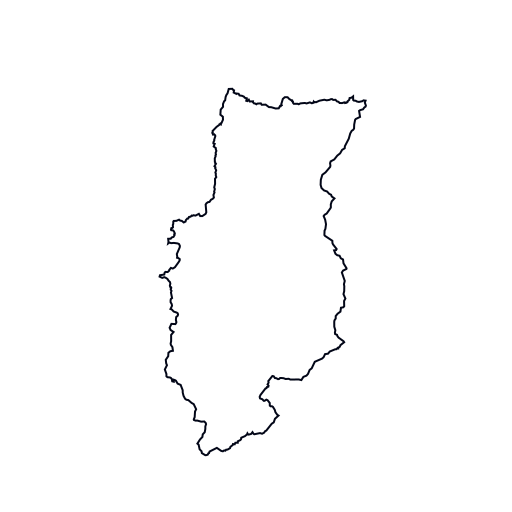 outline of Barbosa, Antioquia, Colombia, rotated 127°
{"feature_id": "7082276B32709171288134", "entity_name": "Barbosa", "entity_type": "district", "adm_level": 2, "iso_a3": "COL", "parent_name": "Colombia", "parent_adm1": "Antioquia", "projection": "albers", "projection_center": [-75.359, 6.439], "detail": "fine", "context": "isolated", "style": "outline", "palette": "ink", "viewbox_px": 512, "rotation_deg": 127, "n_neighbors": 0, "source": "geoboundaries", "source_scale": "gbopen_adm2", "svg_char_len": 6117}
<svg xmlns="http://www.w3.org/2000/svg" viewBox="0 0 512 512"><g transform="rotate(127 256 256)"><path d="M298.8,333.7L297.4,333.3L296.8,331.5L295.0,329.5L293.1,326.1L292.8,324.6L293.8,322.8L295.1,322.1L302.1,320.4L303.9,318.5L304.9,318.0L304.4,316.8L304.4,315.0L305.5,314.3L307.5,314.1L313.8,314.0L316.1,314.9L316.7,316.8L319.4,316.9L319.9,316.5L322.0,316.9L323.2,318.8L324.4,318.9L326.0,318.1L329.1,321.1L330.5,320.6L329.9,317.7L328.1,316.5L327.7,314.9L327.6,312.9L328.3,311.1L328.6,309.0L329.6,307.8L331.6,306.9L332.6,305.4L332.1,304.9L332.4,304.5L334.2,303.9L334.7,302.5L336.3,302.0L340.1,297.7L341.6,298.1L342.7,297.6L344.3,296.4L345.1,294.4L346.3,293.1L349.8,292.4L349.4,291.1L349.9,288.3L348.9,285.2L348.9,284.0L349.7,283.0L350.8,282.6L352.8,283.0L355.3,281.5L356.7,279.8L357.4,279.5L358.9,279.4L361.1,282.7L365.3,281.8L366.5,279.7L366.3,276.1L370.1,276.3L375.1,272.5L377.3,271.5L378.2,270.5L379.1,267.9L381.7,265.3L383.6,267.1L386.0,267.7L388.9,265.8L393.2,265.6L395.8,263.1L396.8,261.4L401.5,260.5L404.1,256.6L406.0,255.1L406.1,253.8L404.8,251.6L404.6,250.5L405.0,249.1L406.5,247.5L405.9,246.0L404.3,247.2L403.9,246.0L403.8,244.9L405.1,241.8L404.3,238.6L407.3,233.8L409.2,232.3L411.3,229.7L412.7,226.7L412.7,225.1L411.8,223.3L412.1,219.0L411.8,216.6L414.4,211.6L416.9,211.1L421.6,208.0L423.9,207.4L424.3,206.9L423.9,205.3L422.7,203.7L421.3,200.1L419.3,197.7L419.6,195.7L420.3,194.7L422.6,193.9L424.6,192.4L427.6,190.9L430.5,191.2L432.8,189.9L436.2,190.3L441.1,189.9L441.2,188.3L444.3,184.7L444.7,182.0L446.0,180.6L445.6,176.6L444.9,175.8L443.7,175.0L442.3,175.3L441.7,174.9L440.1,175.4L432.8,171.8L432.6,166.5L431.9,164.9L430.4,164.4L429.9,163.3L428.7,163.3L427.7,162.2L425.1,161.1L423.8,161.6L420.9,160.8L420.0,161.2L419.2,159.7L417.6,160.1L416.1,158.2L414.9,159.0L412.4,157.7L411.3,157.7L410.0,158.4L406.5,156.4L403.9,155.8L402.8,156.1L403.3,154.7L403.0,154.3L401.0,152.8L398.8,152.8L399.5,151.0L399.4,150.1L395.0,146.2L394.3,144.2L392.2,143.2L390.4,143.3L389.3,142.7L380.5,142.5L378.2,141.7L374.6,142.9L369.9,142.0L370.0,143.4L369.1,146.4L367.6,148.4L366.3,151.7L366.4,152.8L367.2,153.8L367.2,154.9L365.1,156.6L364.2,160.0L364.5,161.3L366.5,162.0L367.0,162.7L366.6,164.7L367.3,167.1L366.3,168.3L364.3,168.8L356.0,168.7L355.3,168.1L354.0,168.4L353.0,167.5L351.9,168.0L351.6,169.5L349.6,169.7L348.5,170.9L342.0,170.7L341.4,169.5L342.1,167.4L341.4,166.3L341.1,164.3L340.4,163.6L338.9,163.3L338.2,162.4L337.0,160.4L336.4,158.3L334.4,156.0L334.0,154.2L328.9,147.6L327.8,145.1L324.0,145.4L321.2,143.7L318.9,143.5L314.7,144.6L312.2,143.9L305.1,145.4L298.2,141.5L296.1,141.1L292.8,141.8L290.7,139.7L287.9,139.6L282.8,136.6L282.0,135.6L280.4,135.5L280.2,134.7L279.4,135.1L278.3,134.5L276.3,134.9L271.8,133.7L271.4,134.8L271.5,140.9L271.1,142.5L270.2,143.9L270.7,145.8L269.8,146.8L267.5,148.0L265.4,150.9L261.5,153.9L260.2,154.6L258.0,154.7L256.0,156.2L253.0,156.1L249.6,155.1L246.2,157.0L244.4,155.4L243.1,155.3L238.9,158.6L236.2,159.0L233.8,163.2L231.0,164.4L227.0,167.3L225.6,168.8L222.5,170.1L217.5,177.5L215.3,177.7L212.0,176.0L211.3,176.3L209.2,181.7L206.4,184.4L206.8,186.9L205.5,189.4L206.5,191.6L206.4,193.9L204.5,197.0L203.1,195.6L201.9,195.8L200.4,201.4L199.7,202.7L197.9,204.2L198.4,213.0L198.1,214.0L194.5,216.5L192.6,216.9L188.5,219.2L185.4,222.6L183.4,226.0L181.7,226.0L179.6,225.1L172.9,225.3L172.1,225.5L169.8,227.3L166.8,228.4L162.8,228.0L162.9,231.3L161.9,232.9L162.3,235.0L161.7,238.1L162.7,241.1L162.3,244.6L160.3,247.2L156.1,250.1L151.2,251.9L147.4,250.8L140.2,250.4L139.0,251.0L137.3,252.7L135.5,253.3L131.8,251.6L126.9,251.5L123.4,250.6L119.4,251.1L116.6,250.0L114.8,251.1L106.5,252.5L101.4,254.5L98.4,254.9L96.7,254.3L95.2,254.4L91.9,256.7L87.6,258.8L86.6,258.8L82.3,256.6L78.1,261.0L76.8,260.6L74.4,258.8L72.3,258.9L70.7,258.4L69.7,258.8L68.0,261.4L66.0,262.0L67.0,263.8L68.3,264.2L71.0,266.5L71.9,268.4L72.0,269.8L73.0,271.4L72.9,272.3L70.1,274.5L72.1,275.0L73.5,276.3L75.2,275.5L77.7,276.0L78.0,275.6L79.1,275.9L80.2,276.9L79.8,277.4L80.1,277.9L82.0,279.2L83.5,281.3L83.2,282.9L83.8,284.4L83.4,286.5L84.9,288.3L84.9,289.6L85.6,290.5L87.2,291.4L89.1,293.2L90.1,295.5L93.8,298.8L97.1,300.6L97.6,301.7L98.4,302.0L98.1,302.8L99.2,302.5L100.4,303.3L100.9,305.4L103.7,307.4L104.4,309.1L107.4,312.4L109.1,313.2L109.4,314.4L111.7,317.4L111.3,318.9L110.4,319.5L110.6,320.5L110.0,320.9L110.4,321.6L110.6,324.0L110.2,326.3L111.3,327.9L111.9,328.6L114.4,329.1L119.5,327.2L120.1,326.2L121.3,327.0L121.7,326.5L122.4,327.0L124.4,326.7L126.4,329.1L128.0,333.4L129.3,335.3L129.3,339.4L131.8,342.5L131.2,344.0L133.5,346.7L134.6,347.0L134.8,348.6L135.3,349.4L135.0,351.1L134.3,351.5L136.4,354.0L135.5,355.8L137.5,356.1L137.9,357.2L135.6,358.2L136.4,360.3L136.0,361.5L136.5,363.6L137.7,365.8L136.9,367.5L138.1,369.6L138.4,369.5L138.9,372.2L136.9,373.2L137.1,374.5L136.7,375.5L139.0,378.3L143.3,376.6L145.0,376.6L147.2,376.0L150.3,374.3L151.6,374.6L154.5,373.8L156.7,372.1L160.3,372.3L164.6,369.5L164.7,366.3L167.0,364.4L170.5,363.6L171.2,364.0L172.1,363.2L172.7,364.4L173.2,364.2L176.6,365.2L182.3,365.9L183.3,364.9L184.0,365.0L184.9,363.3L184.0,362.8L184.2,361.2L184.8,360.6L188.4,359.3L188.9,358.8L190.7,358.5L191.7,357.8L191.3,356.5L194.0,355.7L194.0,353.0L194.9,352.4L195.9,350.9L198.0,350.3L199.1,349.0L200.0,349.0L200.6,348.3L202.8,347.7L205.6,345.5L205.7,344.9L206.4,344.5L206.5,343.5L209.3,343.2L209.5,341.8L210.4,341.5L211.5,339.4L213.9,338.6L214.4,337.6L215.8,336.7L216.9,335.2L219.0,335.2L223.0,332.1L226.3,330.7L227.3,329.2L229.9,328.1L230.2,327.4L232.9,326.7L234.7,324.8L236.5,325.0L238.1,325.8L240.8,325.7L242.0,326.8L243.7,327.3L245.2,327.2L251.0,322.0L252.7,321.6L256.4,322.9L257.7,324.6L256.7,327.0L260.1,328.6L261.1,330.5L262.1,330.9L262.4,331.7L264.0,331.9L265.1,333.0L266.9,332.7L267.4,333.4L269.6,333.6L270.9,333.0L272.7,333.9L272.6,336.4L273.4,337.9L273.3,339.3L275.9,340.8L277.5,342.8L278.2,342.8L280.2,341.4L281.3,341.1L283.0,339.6L283.9,339.7L284.7,340.4L286.2,339.7L286.4,339.2L285.5,337.7L285.7,336.4L286.7,334.6L287.1,334.2L287.9,334.4L288.4,333.6L290.4,333.4L292.0,334.5L293.5,334.5L295.1,336.5L297.5,334.3L298.8,333.7Z" fill="none" stroke="#020617" stroke-width="2"/></g></svg>